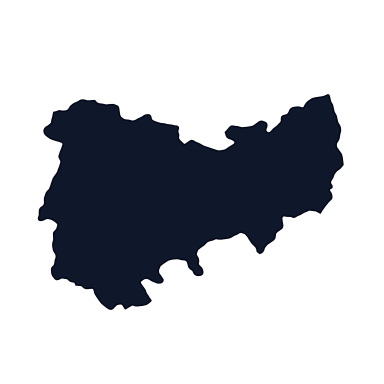 San Ignacio de Sabaneta, Santiago Rodríguez, Dominican Republic, rotated 262°
{"feature_id": "3306468B60341362842796", "entity_name": "San Ignacio de Sabaneta", "entity_type": "district", "adm_level": 2, "iso_a3": "DOM", "parent_name": "Dominican Republic", "parent_adm1": "Santiago Rodríguez", "projection": "mercator", "projection_center": [-71.312, 19.362], "detail": "fine", "context": "isolated", "style": "filled", "palette": "ink", "viewbox_px": 384, "rotation_deg": 262, "n_neighbors": 0, "source": "geoboundaries", "source_scale": "gbopen_adm2", "svg_char_len": 5994}
<svg xmlns="http://www.w3.org/2000/svg" viewBox="0 0 384 384"><g transform="rotate(262 192 192)"><path d="M90.2,136.2L93.2,134.7L95.5,133.7L98.0,132.5L101.5,131.7L102.4,131.3L108.3,128.3L109.6,128.0L110.5,128.3L111.1,129.0L112.8,132.1L113.1,133.7L113.0,135.3L112.4,136.8L109.4,140.6L107.0,144.9L106.7,145.8L106.5,147.4L106.5,148.4L106.8,149.4L107.3,150.2L108.0,150.7L108.8,151.0L109.3,151.0L112.9,149.3L115.4,147.9L116.4,147.6L118.0,147.5L120.0,148.0L123.1,149.9L123.8,150.6L125.6,153.8L127.9,158.7L128.4,161.4L128.5,163.7L128.3,167.7L127.9,169.3L126.8,171.9L125.8,175.8L125.2,176.6L124.5,177.3L123.2,177.9L119.2,178.4L117.7,178.7L116.2,179.8L114.5,181.7L113.8,182.1L111.1,182.9L110.3,183.4L109.3,184.5L108.7,185.9L108.5,187.9L108.5,188.9L109.0,190.3L109.7,191.0L110.6,191.4L111.6,191.5L113.1,191.4L114.6,191.1L115.6,190.6L118.0,188.8L119.2,188.1L120.1,188.0L122.5,188.8L124.5,188.9L126.0,188.6L128.0,187.7L128.9,187.5L129.9,187.4L130.9,187.7L133.6,189.2L134.6,190.1L136.5,193.4L137.8,196.1L140.4,199.5L140.9,200.5L141.4,202.5L141.8,206.1L142.5,208.2L142.6,209.0L142.5,209.8L141.8,212.0L141.5,214.1L141.4,219.2L141.5,222.6L141.9,224.2L143.3,227.3L144.2,230.8L145.3,233.3L145.4,234.8L145.2,235.7L143.4,238.9L142.4,239.7L139.6,241.4L137.3,242.3L132.9,244.5L128.6,247.7L126.6,248.3L124.0,248.4L121.8,250.6L122.3,252.5L123.1,253.6L124.2,254.6L126.0,255.4L127.3,256.3L129.6,258.7L130.1,259.6L132.9,265.3L133.7,266.5L135.2,267.7L138.5,268.6L139.4,269.0L140.1,269.6L141.0,270.7L142.3,273.3L143.6,275.7L144.2,276.3L145.1,276.8L146.6,277.1L151.6,277.0L153.2,277.1L154.7,277.6L155.6,278.6L155.8,279.9L155.0,282.2L154.3,286.2L153.9,287.4L153.0,288.5L152.9,289.8L153.0,290.6L154.1,293.1L155.0,296.6L156.4,299.7L157.1,302.7L157.8,304.8L158.0,305.6L156.3,312.0L155.5,313.2L153.4,316.1L156.0,318.2L159.6,321.6L163.4,325.7L165.7,328.8L166.4,329.4L168.3,329.8L170.3,329.7L171.8,329.3L173.7,328.3L175.0,328.2L175.7,328.5L176.0,328.8L176.7,330.8L177.3,331.3L178.5,331.4L180.4,330.6L181.2,330.3L182.2,330.3L183.1,330.6L184.4,331.4L187.0,333.5L189.7,334.9L191.2,336.2L192.9,338.0L195.0,341.9L196.0,343.1L198.1,345.3L205.0,345.4L207.8,345.2L209.3,344.7L215.7,341.4L216.7,341.2L218.3,341.2L219.3,341.4L220.3,341.8L223.6,344.4L225.0,345.1L228.4,346.1L231.6,347.4L233.3,347.7L235.0,347.7L237.2,347.3L239.4,346.3L240.9,345.8L247.0,345.3L248.5,344.9L250.7,344.0L251.8,343.7L257.9,343.2L259.0,343.0L262.2,341.7L268.0,341.2L269.1,340.7L269.3,340.1L268.3,336.8L268.0,335.2L267.9,326.7L267.5,324.0L265.6,320.0L264.8,318.7L262.9,316.7L260.3,314.8L260.0,314.5L259.7,313.7L259.9,312.4L261.0,310.0L261.4,307.9L261.4,304.1L260.9,302.1L259.7,300.6L256.9,298.9L255.6,297.6L255.1,296.2L254.7,292.8L254.1,291.6L252.9,291.0L249.8,290.5L248.6,289.8L244.9,285.0L243.2,281.8L240.5,278.5L239.8,277.1L239.8,276.1L240.2,275.1L241.1,274.1L241.9,273.7L242.9,273.5L243.9,273.7L246.3,275.0L247.2,275.3L248.6,275.4L249.6,275.1L250.3,274.6L250.8,273.9L251.9,271.9L252.3,271.1L252.3,269.5L252.1,268.6L249.2,263.1L248.6,261.7L248.4,260.6L248.2,257.8L248.3,253.2L248.5,250.4L249.0,248.9L250.2,246.3L250.9,243.4L251.6,241.3L251.7,240.5L251.5,239.6L250.4,238.0L247.9,235.3L246.5,233.4L243.0,233.9L241.6,234.5L240.2,235.8L238.9,238.5L237.4,240.5L236.6,241.2L235.8,241.6L235.3,241.6L234.4,241.4L233.7,240.8L233.2,240.1L230.4,233.9L229.3,231.8L228.7,229.8L228.6,225.5L228.8,223.9L229.3,222.5L235.6,209.8L238.9,205.5L240.4,202.8L242.3,200.4L242.9,199.1L243.0,198.2L242.7,197.4L240.1,192.2L240.0,191.3L240.3,190.4L244.4,187.1L245.8,186.3L246.8,186.0L248.2,186.1L250.5,186.7L252.9,186.2L254.2,186.2L256.6,187.2L257.4,187.4L258.2,187.3L258.6,187.0L258.9,186.7L259.3,186.0L259.8,183.7L260.9,181.1L261.9,177.1L263.2,174.0L264.0,170.5L266.3,165.6L268.0,162.9L268.6,162.3L269.8,161.8L272.6,161.5L273.4,161.2L274.1,160.6L274.4,159.7L274.6,158.8L274.5,156.7L274.3,155.7L272.8,152.6L271.7,148.7L270.6,146.1L270.3,144.6L270.4,142.5L271.7,139.4L272.4,136.5L272.9,135.0L274.6,132.9L275.9,131.8L276.8,131.3L279.1,130.9L285.2,130.9L286.6,130.6L287.3,130.0L287.8,129.3L289.4,126.5L289.7,124.2L289.9,120.2L290.1,118.6L291.3,115.4L292.2,112.0L292.7,111.1L293.6,110.0L294.3,109.4L296.0,108.4L296.5,101.6L296.8,100.5L297.8,98.4L298.3,96.5L298.2,94.4L296.9,91.3L296.0,87.8L295.4,86.5L293.7,83.7L291.0,81.5L290.5,80.7L290.0,79.8L289.7,78.1L289.8,75.8L290.0,74.7L290.9,71.7L290.2,68.8L290.1,66.3L288.4,65.6L285.6,64.7L283.0,63.5L279.8,62.5L278.9,61.5L277.3,58.7L276.4,56.5L275.5,55.3L274.3,54.4L273.3,54.1L272.3,54.0L270.7,54.2L269.3,54.9L267.3,56.6L265.1,59.0L263.9,60.8L261.8,65.2L260.7,67.9L259.3,70.2L258.7,70.8L258.3,71.0L257.4,71.1L256.6,70.9L252.8,69.0L250.3,67.5L246.0,65.4L244.5,65.4L241.6,66.5L240.7,66.6L239.7,66.5L235.4,64.5L232.9,63.0L231.0,62.2L229.3,60.9L226.2,58.0L224.6,56.6L219.8,54.1L217.5,53.1L214.7,51.4L213.7,50.5L212.5,48.7L211.0,47.5L206.7,45.3L205.2,45.0L201.6,44.6L200.2,44.1L198.8,42.8L197.2,39.9L195.7,38.7L194.2,38.3L190.1,37.7L187.8,36.5L186.9,36.3L186.0,36.5L185.6,36.7L185.3,37.1L185.0,37.9L184.9,39.3L185.1,40.8L186.3,44.7L186.0,45.9L185.0,48.5L183.9,50.3L181.4,53.1L179.8,54.3L178.5,54.8L177.2,54.5L174.3,53.1L172.9,51.8L171.4,49.8L170.1,49.2L164.5,48.7L163.5,48.4L160.4,47.1L157.2,46.7L153.5,46.9L152.5,47.2L149.5,48.6L148.5,48.7L146.9,48.7L145.5,48.3L143.4,47.2L139.5,46.1L138.1,45.0L136.5,42.9L135.7,42.5L134.3,42.2L132.2,42.0L130.0,42.1L128.5,42.5L125.3,44.3L124.4,45.3L124.1,46.2L124.2,47.6L125.1,50.5L125.2,51.3L123.9,55.7L123.6,56.5L123.0,57.2L121.6,58.2L120.7,59.2L120.1,60.4L119.4,62.6L118.9,63.3L117.7,63.9L116.1,64.2L115.1,68.7L114.8,69.6L114.2,70.3L112.2,71.9L111.7,72.7L111.3,73.6L111.0,75.2L110.9,79.0L110.7,80.0L110.2,80.9L109.0,81.5L105.6,81.8L104.2,82.2L100.1,84.1L97.6,85.4L95.8,86.3L94.5,87.2L92.4,89.0L89.2,92.1L87.9,93.7L87.4,94.7L87.3,96.2L87.7,97.2L90.6,100.9L91.2,102.4L91.3,103.4L91.3,105.5L91.1,106.4L90.7,107.2L89.6,108.0L85.7,109.7L88.3,116.1L88.5,117.0L88.3,118.2L87.4,119.8L87.0,121.8L86.8,127.1L87.1,130.6L87.4,131.7L87.9,132.8L89.4,135.4L90.2,136.2Z" fill="#0f172a" stroke="#020617" stroke-width="1.5"/></g></svg>